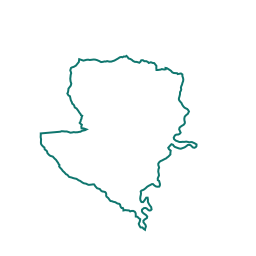 Santa Helena de Goiás, Goiás, Brazil (Albers equal-area conic projection), rotated 44°
{"feature_id": "56859067B47067738427104", "entity_name": "Santa Helena de Goiás", "entity_type": "district", "adm_level": 2, "iso_a3": "BRA", "parent_name": "Brazil", "parent_adm1": "Goiás", "projection": "albers", "projection_center": [-50.546, -17.788], "detail": "fine", "context": "isolated", "style": "outline", "palette": "teal", "viewbox_px": 256, "rotation_deg": 44, "n_neighbors": 0, "source": "geoboundaries", "source_scale": "gbopen_adm2", "svg_char_len": 4596}
<svg xmlns="http://www.w3.org/2000/svg" viewBox="0 0 256 256"><g transform="rotate(44 128 128)"><path d="M129.9,51.7L128.2,52.0L126.3,54.7L125.3,54.5L124.4,55.2L123.5,56.0L122.6,56.7L121.1,57.2L119.4,57.0L118.0,57.2L116.1,57.6L114.3,58.0L113.3,58.7L114.3,59.6L113.6,60.6L112.4,61.5L111.4,62.1L110.9,63.3L110.2,64.2L109.2,65.5L108.2,66.5L106.7,65.2L105.3,63.6L103.3,63.3L101.8,63.1L100.5,64.1L98.8,64.8L97.7,66.8L96.5,66.7L94.8,67.2L93.4,68.6L91.6,68.9L90.5,70.1L90.9,71.7L90.8,73.2L89.5,73.8L88.1,74.6L86.9,75.7L84.9,76.3L83.5,76.3L81.8,76.7L80.1,77.6L78.7,77.3L76.8,77.2L76.5,78.5L75.3,79.5L74.9,81.0L73.8,81.6L73.0,82.9L72.5,85.2L72.1,86.5L71.4,88.9L70.6,90.4L69.8,91.9L68.5,93.2L66.5,94.4L65.9,95.6L64.9,96.4L63.9,98.0L62.8,99.3L60.9,99.8L58.5,100.7L56.9,101.6L55.7,102.6L54.6,104.0L53.3,105.6L51.8,106.6L50.7,107.9L50.0,109.1L49.1,110.5L47.4,111.3L45.1,112.4L46.8,114.7L46.9,116.2L47.2,119.3L46.5,121.7L45.6,123.3L45.3,124.4L46.4,126.6L48.2,127.5L49.1,128.1L49.8,129.5L50.9,130.9L52.2,132.6L54.2,134.3L56.4,135.5L57.4,137.3L57.6,138.8L57.8,141.0L58.9,142.4L60.0,144.0L60.4,145.3L62.5,145.9L64.2,145.5L66.3,146.9L67.7,147.8L69.8,148.5L71.0,149.2L72.3,149.0L73.6,149.2L75.4,150.2L77.5,149.7L80.4,150.2L82.3,150.7L84.1,150.9L85.2,151.4L86.6,151.0L87.3,152.7L88.1,153.6L88.4,154.8L89.4,156.4L89.7,157.9L91.4,157.9L92.5,157.7L93.4,159.4L94.8,160.5L96.4,159.1L99.1,157.9L98.6,159.4L97.8,160.6L96.9,161.9L96.4,163.7L95.6,164.7L94.5,166.3L93.1,167.7L91.8,168.7L90.8,170.2L89.8,171.4L88.6,171.9L86.4,173.0L85.1,174.3L83.9,175.2L82.5,176.4L81.8,177.8L69.0,192.5L69.8,193.3L70.7,194.3L71.5,195.2L73.4,196.6L74.5,197.9L75.8,199.3L76.9,200.0L78.0,200.2L80.0,200.3L81.4,200.1L82.9,201.2L84.1,201.1L85.3,200.9L86.4,201.3L87.4,202.0L89.7,202.2L91.4,202.0L93.8,200.8L96.6,201.0L98.3,200.9L100.6,201.4L101.9,201.6L103.0,202.1L104.4,202.2L105.2,203.5L106.6,203.7L109.0,203.8L110.9,204.2L113.0,204.1L115.5,204.3L116.9,203.8L118.1,203.9L119.6,204.1L121.8,202.8L123.2,202.2L124.8,201.3L126.0,200.5L127.4,200.1L128.6,200.0L130.3,199.3L133.0,198.9L134.5,198.5L136.7,197.1L137.8,196.8L138.9,196.4L139.8,195.6L140.5,194.7L141.2,193.9L142.0,192.8L142.9,192.1L144.9,192.6L147.6,192.8L150.1,191.5L152.0,191.8L153.6,191.5L154.8,190.6L156.2,189.9L157.3,190.1L158.3,190.7L159.2,191.8L160.2,192.3L162.5,192.1L164.4,192.5L166.1,192.7L167.3,191.8L168.6,191.3L170.6,190.1L172.0,189.9L173.3,189.4L174.2,188.7L175.5,188.6L176.5,189.3L177.8,189.9L179.0,190.0L179.8,189.1L180.9,189.5L182.0,190.5L183.0,189.0L184.7,187.7L186.0,186.6L187.5,186.5L188.0,185.4L189.4,184.0L191.1,183.5L192.7,184.0L193.5,184.7L195.1,186.3L196.5,185.3L198.2,185.4L200.1,185.1L201.5,187.2L201.9,188.4L202.3,189.5L204.1,190.3L206.1,190.8L207.5,189.5L209.4,189.7L210.9,189.4L210.2,188.4L209.3,186.4L208.0,185.6L204.6,185.1L203.5,184.0L203.5,182.2L203.9,180.7L204.1,179.5L203.3,178.3L201.4,178.1L198.5,178.6L196.9,178.6L195.7,178.1L194.8,176.9L195.1,174.6L196.0,173.5L197.2,172.9L199.2,172.9L200.6,172.6L201.5,171.5L201.5,170.2L199.6,168.8L198.1,168.6L196.5,168.3L194.5,167.7L193.5,167.2L192.1,165.7L190.5,164.5L189.5,165.5L190.0,167.7L190.2,169.1L190.4,170.8L189.1,171.9L187.3,171.4L185.8,170.3L184.5,168.6L183.7,167.2L182.7,165.9L181.2,164.8L181.2,163.6L182.1,161.7L182.5,159.3L182.6,156.9L183.1,155.0L183.5,153.9L184.1,151.9L184.9,151.0L186.9,151.0L188.8,150.6L190.1,149.7L191.2,148.4L190.7,147.0L189.9,146.1L188.5,145.3L187.2,144.5L185.7,144.8L184.4,143.6L183.9,142.3L183.3,140.7L182.0,139.6L181.0,139.0L180.0,138.3L178.5,136.4L178.0,135.0L176.9,134.3L175.5,133.6L174.5,132.5L174.2,130.6L174.4,129.2L175.0,127.8L175.9,125.0L176.6,123.2L176.6,122.0L176.9,120.7L176.9,117.6L175.8,116.5L174.4,114.6L172.2,114.8L170.7,114.3L170.5,111.4L170.5,109.5L172.0,108.8L173.5,109.1L174.6,109.1L176.4,108.4L179.0,107.2L180.4,106.2L181.4,104.2L182.2,102.5L182.6,100.4L182.8,98.7L183.5,97.8L184.9,96.9L186.1,96.9L188.2,96.9L189.5,96.1L190.0,94.8L189.9,93.6L188.7,92.2L186.2,92.8L184.9,93.3L183.8,93.7L182.8,94.7L182.1,95.7L180.8,96.4L179.3,97.4L178.4,98.6L176.9,100.0L175.9,101.2L174.7,102.4L172.9,103.1L171.1,103.9L168.9,104.0L167.6,103.2L166.9,100.8L167.3,99.2L168.7,97.8L169.2,96.4L169.1,94.8L167.2,94.0L165.7,93.4L164.8,91.8L165.1,89.5L165.8,87.0L165.6,85.3L164.8,84.2L163.8,83.7L162.2,82.4L161.5,81.4L160.9,80.3L160.9,78.2L161.2,76.3L160.4,73.8L158.7,73.3L157.4,73.2L156.3,73.6L154.5,74.1L152.7,74.0L150.6,73.5L149.2,72.9L146.6,72.7L145.0,72.3L144.0,71.3L143.3,69.9L142.1,67.8L140.5,66.0L140.1,64.4L139.5,63.3L138.0,62.2L137.1,60.5L136.8,59.4L135.8,57.7L135.1,56.0L133.9,54.5L132.5,53.6L131.1,52.9L129.9,51.7Z" fill="none" stroke="#0f766e" stroke-width="2"/></g></svg>